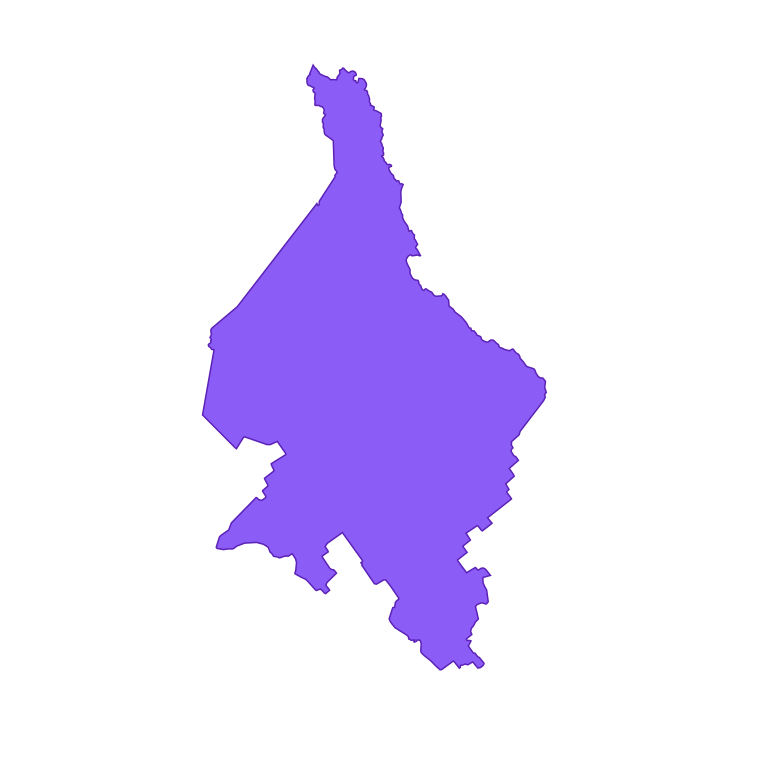 outline of Komi, rotated 307°
{"feature_id": "RUS-2383", "entity_name": "Komi", "entity_type": "Republic", "adm_level": 1, "iso_a3": "RUS", "parent_name": "Russia", "parent_adm1": "", "projection": "albers", "projection_center": [57.661, 63.82], "detail": "fine", "context": "isolated", "style": "filled", "palette": "violet", "viewbox_px": 768, "rotation_deg": 307, "n_neighbors": 0, "source": "natural_earth", "source_scale": "10m", "svg_char_len": 6171}
<svg xmlns="http://www.w3.org/2000/svg" viewBox="0 0 768 768"><g transform="rotate(307 384 384)"><path d="M486.3,494.4L485.7,496.6L484.0,499.1L482.8,502.6L482.9,504.9L484.3,507.3L483.3,511.4L478.1,514.3L474.8,518.8L473.1,518.4L471.9,519.1L470.5,520.8L466.5,521.5L428.0,521.2L424.9,522.5L414.3,520.5L413.5,521.6L412.3,521.9L410.6,525.4L408.6,525.2L406.8,525.9L404.9,530.6L405.2,533.3L403.9,537.3L392.0,534.8L389.5,542.1L388.7,543.5L377.5,541.3L375.0,547.3L371.9,546.8L371.4,547.2L369.4,554.0L368.9,555.0L339.5,547.2L337.8,554.1L326.0,551.0L325.7,550.1L327.2,544.5L327.0,543.7L314.3,539.3L311.4,546.9L302.1,544.6L301.5,545.6L299.5,551.7L287.7,548.6L287.4,548.9L285.7,554.2L283.0,563.5L292.3,567.3L292.5,567.7L292.0,570.3L292.0,571.3L295.2,572.4L296.8,574.0L297.2,576.6L295.2,584.2L289.2,579.6L287.4,580.5L284.6,583.1L282.8,586.3L281.3,589.9L272.8,598.3L270.1,598.2L269.6,597.8L268.3,594.1L267.5,593.3L264.1,591.2L261.4,590.9L253.1,600.8L248.9,600.3L244.6,601.0L241.4,600.8L238.5,602.1L236.8,604.9L230.0,603.2L229.3,604.0L229.2,604.6L231.2,607.5L231.2,608.1L225.5,609.1L223.1,616.5L223.0,617.4L223.8,618.5L222.5,623.3L223.0,624.6L221.3,631.6L220.7,632.3L218.4,632.5L215.5,631.6L213.6,629.9L215.2,623.3L215.3,622.0L210.7,620.2L210.1,619.8L209.2,617.3L207.6,616.5L205.2,614.4L203.7,615.5L202.4,615.2L204.6,606.6L204.5,606.1L190.9,602.0L189.5,600.9L189.9,595.9L191.1,587.7L191.3,579.2L191.9,575.4L193.2,573.8L199.0,570.0L201.1,567.1L199.6,564.6L198.4,564.9L196.0,563.5L196.4,562.8L197.9,562.6L195.6,559.8L195.6,558.0L195.2,557.3L196.9,555.4L197.2,553.6L196.0,539.4L197.8,532.5L199.2,529.9L199.9,529.3L210.5,525.6L211.0,525.7L211.9,527.0L216.2,524.6L218.4,524.5L220.9,525.3L221.9,524.6L226.6,510.6L228.5,503.6L227.6,501.8L219.7,498.5L218.7,496.6L225.9,475.3L227.3,475.0L227.2,473.2L227.4,473.1L229.5,473.6L230.1,472.9L240.3,440.2L222.7,434.6L218.7,434.8L217.2,439.2L216.4,440.5L209.4,438.2L208.4,439.5L204.1,452.0L204.4,454.0L205.3,455.6L204.9,458.4L204.3,459.9L190.9,457.9L188.2,458.8L187.1,463.3L186.5,464.7L181.4,463.5L181.2,461.9L182.0,458.2L181.8,456.5L178.3,454.2L178.4,452.7L180.6,441.6L180.9,439.0L179.9,434.5L178.9,427.4L179.2,426.7L182.2,425.6L188.7,421.6L191.2,418.5L192.8,414.1L193.1,412.7L189.1,411.3L186.8,408.3L182.7,405.6L182.0,404.7L181.9,403.2L180.1,399.9L180.0,399.3L181.0,396.7L181.2,394.2L183.7,390.1L183.9,388.5L183.4,384.0L180.8,377.6L173.1,368.5L166.0,364.0L162.3,363.0L160.8,362.0L158.9,359.2L155.1,355.4L152.4,350.0L152.3,348.9L152.8,348.2L162.7,344.7L165.0,344.9L174.0,347.8L181.3,345.7L216.4,350.2L216.6,351.0L216.3,353.5L217.4,356.4L222.2,357.9L223.4,356.7L225.2,351.8L225.8,351.2L232.4,352.6L233.3,352.2L236.1,346.3L236.8,345.3L248.2,348.4L249.3,347.3L251.5,343.0L252.5,341.9L268.6,348.1L269.5,346.9L273.9,333.4L267.1,329.6L265.2,327.0L258.1,305.1L257.5,304.2L256.6,303.9L243.5,305.1L243.5,303.5L250.1,257.7L308.2,228.1L309.1,227.4L307.9,225.6L308.7,223.5L308.6,221.4L309.3,220.3L310.1,220.0L312.5,220.7L313.7,220.4L314.3,219.4L315.5,219.5L316.5,217.0L318.0,216.9L320.3,215.9L321.4,214.4L323.4,213.0L325.3,213.0L357.3,220.3L487.7,221.8L486.8,223.4L487.0,224.0L487.8,224.4L491.2,222.3L519.8,220.3L521.1,219.2L524.6,219.2L525.3,218.4L525.9,215.7L528.2,212.9L547.5,197.3L547.8,196.6L547.9,194.6L547.7,187.1L548.1,185.9L551.6,182.5L552.1,181.2L555.8,178.6L556.0,177.5L556.4,177.0L558.7,175.4L563.7,175.4L564.0,175.1L563.7,173.5L563.9,172.8L566.9,171.4L567.8,169.7L568.3,167.8L567.4,166.2L567.3,164.3L565.6,162.2L565.2,161.4L565.3,160.8L569.1,158.3L569.9,157.0L574.6,154.1L574.9,152.7L574.8,151.8L576.1,150.3L578.4,150.1L578.3,148.8L577.8,147.3L577.8,145.9L577.3,145.0L577.0,143.4L578.0,141.5L581.5,138.6L584.7,138.2L586.8,138.8L587.2,137.9L596.0,135.5L595.1,138.0L595.0,140.4L594.2,142.5L594.0,144.2L593.4,145.0L593.1,146.7L594.2,151.7L595.2,154.1L594.9,158.4L596.1,159.7L598.4,163.1L601.0,162.0L605.4,162.0L607.8,159.7L609.8,160.9L611.6,160.9L611.9,162.2L611.4,163.6L611.1,168.1L612.4,169.1L613.7,169.4L615.2,170.8L615.5,171.5L615.7,173.3L614.8,175.3L613.9,176.0L611.6,174.7L608.7,176.3L608.3,177.7L609.2,178.9L608.2,180.2L608.2,181.1L609.1,181.7L613.0,180.1L614.7,182.8L615.1,184.3L615.1,185.0L613.6,188.7L612.3,190.1L609.6,191.1L607.4,191.0L607.1,192.1L608.0,193.6L607.1,195.3L605.7,196.3L605.2,197.9L602.8,201.1L600.9,202.2L599.3,205.1L598.4,205.5L598.9,206.5L599.0,207.7L599.3,208.5L599.4,209.1L599.0,209.8L596.8,210.6L596.7,211.3L597.5,213.4L598.3,218.4L598.2,219.2L596.1,221.0L594.8,221.0L593.1,222.9L587.5,225.7L587.0,228.3L587.2,229.0L587.0,229.5L584.5,230.1L582.3,233.6L580.3,233.8L577.9,234.8L575.7,234.9L574.3,238.1L573.2,238.9L572.5,240.9L570.7,242.4L569.3,242.7L568.4,244.4L567.1,245.6L566.2,245.8L564.9,245.0L564.3,245.3L564.3,246.9L563.5,248.6L562.2,250.2L562.1,252.1L561.3,253.9L561.4,254.7L562.9,256.7L563.1,257.7L562.9,258.6L562.3,258.9L559.9,257.5L558.7,258.4L557.0,261.5L556.4,263.4L556.2,266.0L554.2,268.3L554.1,270.2L553.6,271.8L555.1,273.4L553.5,276.2L554.8,278.2L554.8,279.3L551.2,280.2L547.7,281.7L539.5,288.3L533.8,290.3L533.2,292.0L531.1,295.0L530.2,297.1L527.9,298.9L526.1,302.2L524.4,307.7L521.2,311.8L521.2,312.3L522.9,313.2L523.0,313.7L521.5,316.6L521.3,318.7L518.3,320.6L517.9,322.4L515.7,326.8L512.3,326.9L511.8,327.3L511.3,329.7L508.5,335.8L507.8,335.4L507.3,333.3L503.6,329.7L503.2,329.1L503.3,327.8L502.9,327.2L500.3,326.3L496.7,326.8L495.5,327.9L494.0,330.1L491.1,335.9L487.9,338.3L486.3,341.5L485.7,343.1L485.6,345.7L487.2,348.8L486.8,349.9L485.2,351.3L484.5,354.3L483.0,356.5L482.3,358.8L483.0,359.5L484.9,359.8L485.3,360.5L485.5,364.5L486.1,366.8L485.0,369.8L485.0,371.3L485.2,372.5L488.8,376.7L489.9,377.1L491.5,376.7L491.8,377.8L491.4,380.6L490.6,382.5L489.9,385.1L485.4,389.1L485.4,394.2L484.2,397.5L484.2,404.5L484.0,406.4L482.4,413.1L480.1,418.1L480.8,419.9L479.4,421.4L479.4,422.2L480.4,423.5L480.6,424.2L479.8,427.2L479.0,428.9L479.9,432.3L479.8,433.1L478.4,435.0L478.2,435.9L478.6,438.9L479.8,441.7L483.3,442.7L484.7,444.7L484.8,445.5L484.3,449.4L484.3,451.8L483.0,453.5L483.0,455.0L483.8,457.2L484.2,459.7L486.1,464.2L489.2,465.5L489.5,466.2L488.3,470.8L488.7,473.5L487.8,475.8L486.4,477.3L485.8,481.0L484.0,486.9L484.1,488.2L486.3,494.4Z" fill="#8b5cf6" stroke="#5b21b6" stroke-width="1.5"/></g></svg>